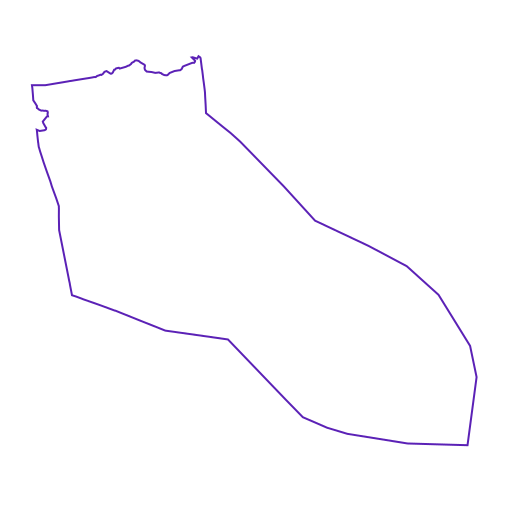 Tlacotepec Plumas, Oaxaca, Mexico (Mercator projection), rotated 176°
{"feature_id": "50627088B14217119498753", "entity_name": "Tlacotepec Plumas", "entity_type": "district", "adm_level": 2, "iso_a3": "MEX", "parent_name": "Mexico", "parent_adm1": "Oaxaca", "projection": "mercator", "projection_center": [-97.45, 17.871], "detail": "fine", "context": "isolated", "style": "outline", "palette": "violet", "viewbox_px": 512, "rotation_deg": 176, "n_neighbors": 0, "source": "geoboundaries", "source_scale": "gbopen_adm2", "svg_char_len": 2377}
<svg xmlns="http://www.w3.org/2000/svg" viewBox="0 0 512 512"><g transform="rotate(176 256 256)"><path d="M297.5,457.2L297.8,458.0L299.4,459.3L300.9,457.0L305.4,458.7L306.2,458.6L304.1,456.2L303.1,454.9L303.4,454.0L304.3,453.0L305.4,453.2L306.6,453.0L314.3,450.6L315.8,450.0L317.1,447.7L318.7,446.6L320.1,446.6L324.4,446.2L329.4,444.6L330.4,443.7L331.7,442.6L332.8,442.5L334.9,442.9L337.2,444.2L337.6,444.9L339.1,445.4L339.9,445.9L341.3,445.8L343.7,445.7L347.3,446.8L352.1,447.6L353.6,449.2L353.9,450.0L354.1,451.4L353.5,453.5L353.8,454.5L357.8,457.2L358.9,458.3L359.7,458.9L361.5,459.5L363.1,459.4L364.1,458.4L366.5,457.3L367.3,456.2L369.5,454.8L370.2,454.8L372.7,453.8L377.4,452.8L378.9,452.5L379.6,453.3L380.0,453.3L382.5,452.9L383.8,451.7L384.5,451.7L386.0,449.1L386.6,448.5L387.4,448.0L388.3,448.0L390.2,449.4L392.2,450.9L394.3,450.3L395.7,448.7L396.2,448.2L397.7,447.4L398.4,447.7L399.0,447.5L400.2,447.1L401.9,446.7L403.4,445.7L404.9,445.8L407.2,445.5L409.2,445.3L411.3,445.1L412.6,445.0L419.4,444.4L425.0,443.9L427.9,443.6L429.7,443.5L431.2,443.3L454.1,441.1L467.6,442.0L467.4,439.3L467.3,432.1L467.3,428.0L467.3,426.8L465.4,423.5L464.0,420.8L464.3,419.9L464.2,418.9L463.6,418.6L462.4,417.3L460.1,416.0L458.7,416.0L457.2,415.6L456.9,415.6L455.8,415.6L453.9,414.9L453.8,414.6L453.7,413.5L453.7,413.2L454.1,412.2L453.9,410.5L453.8,409.9L454.3,410.0L454.9,409.7L459.3,405.0L458.9,403.4L456.9,399.2L456.4,398.6L456.4,398.1L456.7,397.0L457.3,396.6L458.3,396.2L463.1,395.8L465.9,397.2L465.8,396.4L465.7,391.6L465.4,384.2L465.3,383.9L465.3,383.1L465.1,379.9L464.7,378.4L464.1,375.5L462.6,369.5L461.4,364.5L460.0,359.3L458.7,354.5L458.1,352.4L457.3,349.6L455.9,344.6L454.8,339.7L453.1,333.8L451.3,327.6L449.9,322.2L449.2,319.5L449.3,317.9L449.3,317.0L449.9,309.2L450.6,295.6L444.4,246.8L444.2,245.0L443.7,241.8L443.6,240.3L442.3,229.7L438.8,228.3L438.3,228.1L433.0,225.7L431.4,224.9L416.5,218.5L400.7,211.4L400.1,211.3L394.8,208.7L375.0,199.1L351.7,187.9L289.8,174.7L236.6,110.9L220.5,91.9L197.0,79.7L177.2,72.2L117.9,58.4L58.2,52.5L44.4,119.8L48.7,151.4L76.6,204.5L106.3,235.3L143.0,258.2L194.6,287.1L223.4,323.5L263.8,371.2L272.9,380.6L280.4,387.5L289.8,396.3L292.1,398.5L295.9,402.0L295.7,410.5L295.6,418.8L295.5,422.6L295.6,425.5L296.0,432.4L296.3,436.7L296.4,439.0L296.4,439.3L296.7,445.0L296.9,446.5L297.5,457.2Z" fill="none" stroke="#5b21b6" stroke-width="2"/></g></svg>